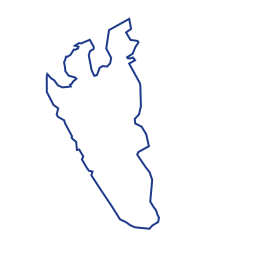 Dosso, Dosso, Niger, rotated 330°
{"feature_id": "23599985B13950466033624", "entity_name": "Dosso", "entity_type": "district", "adm_level": 2, "iso_a3": "NER", "parent_name": "Niger", "parent_adm1": "Dosso", "projection": "robinson", "projection_center": [3.352, 12.846], "detail": "fine", "context": "isolated", "style": "outline", "palette": "blue", "viewbox_px": 256, "rotation_deg": 330, "n_neighbors": 0, "source": "geoboundaries", "source_scale": "gbopen_adm2", "svg_char_len": 1404}
<svg xmlns="http://www.w3.org/2000/svg" viewBox="0 0 256 256"><g transform="rotate(330 128 128)"><path d="M75.4,203.1L78.9,208.1L81.6,213.8L84.4,217.5L96.2,226.0L100.4,224.6L107.1,224.5L110.0,221.1L110.2,217.9L111.1,213.4L110.6,208.7L110.5,202.8L115.6,195.6L122.3,186.1L123.0,185.0L124.6,177.2L123.7,170.7L122.8,158.3L122.7,155.6L124.9,154.0L137.0,154.2L140.6,142.7L140.5,133.8L136.5,127.6L138.4,123.5L144.2,121.8L150.0,115.7L159.9,97.4L160.7,94.9L161.2,73.7L161.2,72.8L168.0,72.8L167.5,69.4L164.5,68.8L162.7,67.5L162.6,66.3L169.1,66.0L175.0,61.5L179.8,59.2L179.8,57.4L174.2,52.9L174.1,44.3L180.2,43.7L181.3,40.6L183.6,34.1L160.5,33.7L148.9,48.3L148.5,58.9L144.8,63.1L140.7,64.3L136.9,61.7L133.6,61.7L127.6,66.6L124.9,66.0L125.4,59.8L130.3,45.6L133.4,42.5L137.6,42.4L138.9,40.7L139.0,32.5L129.6,31.3L128.0,30.0L123.2,30.2L125.8,32.9L124.6,34.1L121.5,33.9L120.3,33.0L114.7,35.9L111.1,36.0L110.0,35.2L107.9,37.4L105.5,39.1L103.2,45.4L102.2,47.1L102.7,52.9L107.5,57.9L107.9,59.5L103.3,60.4L101.6,61.5L99.5,61.6L99.2,63.4L96.2,62.2L91.5,60.0L88.6,56.0L88.0,49.9L86.2,46.3L85.1,40.9L83.6,42.4L75.7,56.2L75.0,70.8L77.4,76.0L72.9,80.8L73.0,83.5L76.5,89.3L75.8,92.8L75.4,107.0L74.4,108.0L74.6,110.0L76.2,114.0L72.8,121.5L75.0,122.3L75.0,130.4L72.4,132.0L72.4,134.4L72.4,142.0L72.8,145.6L75.5,147.9L72.6,150.7L73.5,167.9L74.8,187.0L75.2,197.6L75.4,203.1Z" fill="none" stroke="#1e3a8a" stroke-width="2"/></g></svg>